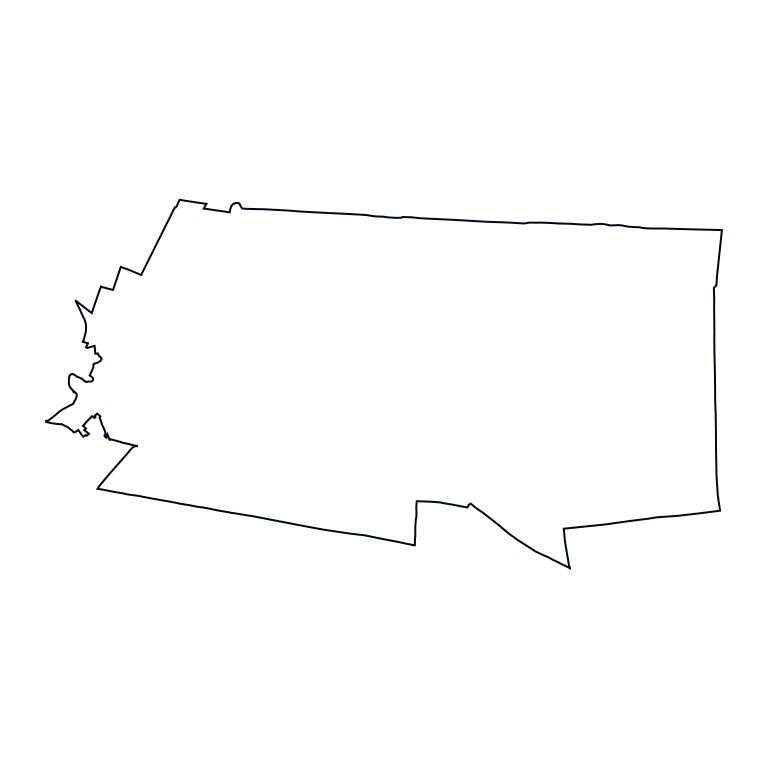 Cuza Voda, Galati, Romania
{"feature_id": "2599482B54089289556757", "entity_name": "Cuza Voda", "entity_type": "district", "adm_level": 2, "iso_a3": "ROU", "parent_name": "Romania", "parent_adm1": "Galati", "projection": "equal_earth", "projection_center": [27.809, 45.588], "detail": "fine", "context": "isolated", "style": "outline", "palette": "ink", "viewbox_px": 768, "rotation_deg": 0, "n_neighbors": 0, "source": "geoboundaries", "source_scale": "gbopen_adm2", "svg_char_len": 5956}
<svg xmlns="http://www.w3.org/2000/svg" viewBox="0 0 768 768"><path d="M75.3,300.3L79.6,309.0L81.9,314.1L84.5,319.5L85.2,321.6L85.9,324.0L86.1,326.6L85.9,331.3L83.9,339.5L82.8,341.8L88.0,343.3L86.1,347.3L87.3,347.9L87.7,347.8L94.6,345.9L95.3,353.6L97.3,353.6L97.9,353.5L98.2,354.5L98.9,355.7L100.4,357.1L101.4,358.2L101.7,358.9L101.1,360.0L100.3,361.1L99.2,361.7L98.1,362.4L96.3,363.1L94.2,363.7L93.9,363.9L93.4,364.3L93.4,366.5L93.3,367.7L89.7,375.5L90.0,375.7L90.3,376.0L91.1,376.5L91.9,377.1L92.8,377.8L93.1,378.5L93.2,379.3L93.1,379.9L92.8,380.2L92.4,380.9L92.0,381.3L91.4,381.5L91.0,381.6L90.8,381.6L90.4,381.6L90.1,381.5L89.4,381.5L88.0,381.6L86.1,382.0L84.3,380.9L83.3,379.9L82.1,379.1L81.6,378.6L79.9,377.8L78.6,377.3L77.9,377.1L76.9,376.7L75.3,375.4L74.4,374.8L72.6,374.0L71.6,374.1L69.7,375.4L69.1,377.5L68.9,378.5L68.9,379.5L68.9,382.6L69.1,384.6L69.2,385.0L69.6,386.3L69.9,386.8L71.0,388.4L71.9,389.4L72.5,390.0L73.6,391.2L73.9,391.6L73.5,391.9L73.9,392.4L74.6,392.0L75.3,392.6L76.3,393.6L76.7,394.4L76.7,395.2L76.7,395.5L76.5,396.7L75.9,398.7L75.1,400.2L74.6,401.0L73.8,402.7L73.3,403.6L72.9,404.1L72.6,404.2L71.5,404.7L70.1,405.3L69.4,405.8L67.8,406.6L66.4,407.4L64.8,408.3L62.7,409.3L60.7,410.7L58.7,412.2L57.4,413.3L54.6,415.8L51.0,418.5L49.9,419.4L48.5,420.4L46.1,421.0L46.2,422.0L52.4,423.3L55.8,423.8L58.5,424.1L59.4,424.2L60.6,424.3L61.2,424.0L62.0,424.3L64.5,425.6L65.9,426.4L66.3,426.4L67.7,427.1L69.1,428.2L70.3,429.3L70.8,429.8L71.4,430.2L72.0,430.5L72.3,430.7L72.7,431.2L72.9,431.4L73.7,432.4L75.3,432.0L76.1,431.4L77.1,430.9L78.3,430.0L79.0,431.1L80.1,432.5L81.4,434.5L83.2,436.7L85.8,435.0L86.5,435.8L89.0,433.9L84.3,430.0L86.0,428.5L82.9,425.8L84.0,425.0L84.8,424.2L85.4,423.0L87.0,421.3L89.6,418.7L92.1,416.2L94.6,418.0L95.4,417.1L94.5,416.2L97.1,413.6L99.1,415.2L99.9,415.9L100.4,416.4L100.2,416.8L99.6,417.5L99.9,418.3L100.5,419.9L101.6,423.1L102.1,424.8L102.3,425.3L102.6,425.8L102.7,426.0L103.7,428.1L104.4,429.6L104.6,430.3L104.7,430.6L105.0,431.7L105.2,432.5L105.6,433.9L105.5,434.2L104.9,435.0L104.4,435.7L104.6,436.0L105.6,437.1L106.2,437.7L106.4,437.4L106.8,436.8L107.1,435.7L107.5,434.5L108.0,435.8L108.5,437.2L109.6,440.0L109.6,440.7L110.0,439.2L114.2,440.2L114.8,440.4L115.4,440.5L116.9,440.9L119.5,441.7L121.7,442.3L121.9,442.6L123.7,443.0L125.0,443.2L127.1,443.7L129.0,444.1L130.4,444.5L131.9,444.8L132.7,445.1L133.9,445.4L135.3,445.6L135.9,445.7L136.5,445.8L137.8,446.1L136.4,446.1L135.6,446.1L135.3,446.2L134.8,446.4L134.3,446.6L133.7,446.8L132.3,447.8L131.4,448.8L130.3,449.9L129.8,450.5L128.6,452.0L127.8,453.0L126.6,454.4L108.3,475.2L99.3,486.1L97.5,488.8L103.1,489.7L115.2,492.1L120.9,493.0L122.6,493.3L126.5,494.2L128.2,494.5L132.6,495.1L137.1,495.7L137.9,495.8L153.4,498.8L156.1,499.2L158.1,499.6L160.3,500.0L163.0,500.5L165.7,500.9L172.9,502.2L177.8,503.2L179.0,503.5L181.8,504.0L183.7,504.3L188.8,505.1L197.7,506.8L202.6,507.4L207.6,508.3L217.1,510.3L227.6,512.1L230.5,512.7L233.4,513.1L235.8,513.5L240.9,514.3L245.6,515.1L252.3,516.1L260.6,517.7L265.9,518.7L269.8,519.5L279.6,521.4L284.8,522.3L286.6,522.7L293.2,524.0L296.7,524.7L301.9,525.6L307.4,526.7L323.3,529.6L323.8,529.7L350.0,533.6L365.1,535.4L383.6,539.2L396.0,541.5L404.6,543.3L407.2,543.9L413.5,545.1L414.8,545.3L414.9,540.5L415.4,534.1L415.3,533.6L415.3,532.5L415.3,531.6L415.3,531.1L415.3,530.1L415.3,526.5L415.9,519.4L416.1,518.2L416.4,516.7L416.5,514.9L416.4,511.4L416.4,510.9L416.3,508.5L416.4,505.1L416.8,501.2L425.8,501.5L430.5,501.7L435.4,502.0L438.6,502.3L440.7,502.4L441.3,502.8L441.6,502.8L442.2,502.9L448.4,504.0L452.9,504.7L454.2,505.0L457.7,505.6L462.1,506.5L466.5,507.3L467.1,507.4L467.5,507.5L468.0,506.4L468.8,504.9L469.1,504.6L470.0,504.0L470.6,503.6L471.0,504.0L471.7,504.5L475.5,507.6L476.4,508.3L478.7,509.8L481.4,511.7L483.0,512.8L484.3,513.7L485.8,515.0L490.2,518.4L492.5,520.1L493.5,521.0L494.7,521.9L498.2,524.7L499.2,525.5L500.8,526.8L501.8,527.7L503.9,529.5L504.9,530.3L507.4,532.4L508.4,533.2L509.0,533.6L510.4,534.7L512.1,536.0L518.0,540.2L523.0,543.4L530.5,548.2L532.6,549.5L534.7,550.9L536.2,551.8L542.2,554.6L546.5,556.5L547.9,557.1L553.0,559.8L555.7,561.1L558.3,562.4L560.5,563.5L562.9,564.7L569.9,568.2L569.8,567.1L569.0,565.8L568.0,559.4L565.0,541.8L563.8,528.7L568.8,528.2L605.8,524.4L629.0,521.1L648.3,518.7L656.0,517.4L677.9,515.8L699.0,513.4L720.1,510.7L718.5,500.4L717.7,494.5L716.5,475.0L716.0,448.1L715.9,430.3L715.7,413.9L715.2,401.6L715.1,389.6L714.9,371.0L714.7,363.7L714.4,352.7L714.4,349.2L714.4,348.3L714.4,345.4L714.3,342.0L714.3,338.7L714.4,331.2L714.3,327.6L714.3,324.0L714.2,313.6L714.1,305.8L714.2,303.5L714.2,298.5L713.9,289.8L713.9,288.8L714.0,287.9L714.5,287.2L715.3,286.5L715.7,286.1L716.2,285.5L716.6,283.5L716.6,282.3L716.7,281.1L716.9,277.5L717.3,273.2L720.7,241.7L721.9,230.1L702.5,229.6L694.8,229.4L682.8,229.1L663.7,228.5L652.5,228.5L646.4,228.3L642.1,227.9L639.5,227.2L636.6,227.2L628.6,226.7L625.4,226.2L622.3,225.5L618.4,225.1L612.6,225.4L610.0,225.4L604.7,224.2L600.2,223.9L595.1,224.2L590.9,224.8L580.0,224.4L571.1,223.8L559.3,223.5L551.0,223.0L540.5,222.6L537.4,222.7L531.1,222.6L528.9,222.7L524.3,223.5L511.3,222.7L504.3,222.4L485.2,221.7L456.4,220.0L421.3,218.3L411.4,217.3L402.4,217.0L401.1,217.8L394.4,217.8L387.2,217.3L383.7,216.7L380.8,216.6L374.5,216.3L366.1,215.0L350.9,214.1L320.3,212.6L303.0,211.7L287.5,210.5L272.3,209.7L267.7,209.4L261.7,209.2L253.1,209.0L248.5,208.9L242.4,208.6L241.3,207.4L240.3,205.3L239.5,203.8L238.6,203.1L237.2,202.9L235.5,203.1L234.0,203.7L232.9,204.2L232.3,204.9L231.3,206.3L230.3,209.0L229.8,212.3L203.8,208.6L206.4,203.9L188.2,201.2L184.2,200.6L180.9,200.0L179.6,199.8L178.2,202.8L176.9,206.0L175.6,207.5L174.9,207.3L141.1,275.0L136.7,273.1L131.9,271.1L127.5,269.3L123.6,268.0L120.8,266.9L120.2,268.6L119.1,271.9L117.1,278.0L113.0,290.0L111.8,289.7L109.7,289.0L108.1,288.7L106.4,288.2L104.8,287.7L103.2,287.4L102.2,287.1L101.1,286.5L100.0,289.0L98.9,292.2L91.7,313.1L75.3,300.3Z" fill="none" stroke="#020617" stroke-width="2"/></svg>